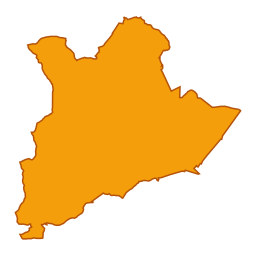 the district of Piatra-Neamt, Neamt, Romania
{"feature_id": "2599482B9055838557903", "entity_name": "Piatra-Neamt", "entity_type": "district", "adm_level": 2, "iso_a3": "ROU", "parent_name": "Romania", "parent_adm1": "Neamt", "projection": "robinson", "projection_center": [26.355, 46.921], "detail": "fine", "context": "isolated", "style": "filled", "palette": "amber", "viewbox_px": 256, "rotation_deg": 0, "n_neighbors": 0, "source": "geoboundaries", "source_scale": "gbopen_adm2", "svg_char_len": 5570}
<svg xmlns="http://www.w3.org/2000/svg" viewBox="0 0 256 256"><path d="M82.6,212.3L83.3,210.6L83.5,209.5L83.5,209.0L83.0,208.0L83.3,207.7L83.6,206.6L83.9,206.3L84.5,205.1L85.2,204.3L85.4,203.8L85.7,203.5L86.9,203.0L90.1,202.6L92.7,202.6L93.1,202.1L92.3,201.5L91.8,201.4L103.3,193.1L104.8,194.0L106.0,194.1L106.7,194.4L108.0,194.4L109.3,193.7L110.6,195.1L111.5,195.5L114.0,195.2L116.9,195.7L117.2,195.6L118.7,195.6L120.7,196.8L121.9,197.8L122.3,198.1L122.8,198.1L126.2,192.6L129.9,189.6L131.8,188.7L134.0,186.4L135.5,185.4L137.0,183.6L138.4,182.9L138.6,182.7L138.7,181.7L139.3,181.7L140.4,181.3L141.5,181.2L142.6,180.9L143.3,180.5L144.2,180.6L144.7,180.4L148.8,181.0L150.7,180.2L151.2,179.8L152.3,179.1L154.5,178.2L156.2,178.4L157.1,180.2L158.1,180.9L158.7,179.6L158.3,179.4L158.4,179.2L158.7,178.5L158.5,178.3L158.4,177.9L161.1,177.7L170.2,174.6L181.9,171.2L183.9,171.4L184.6,171.6L184.9,171.4L185.3,170.2L197.8,174.0L198.2,174.1L199.3,173.8L194.0,168.6L194.1,168.3L195.3,167.1L196.4,166.3L196.2,166.0L196.6,165.7L198.0,167.0L200.4,163.5L201.4,163.9L202.5,161.1L206.7,155.8L220.7,139.2L221.7,139.4L222.6,135.8L240.6,110.8L240.4,110.4L238.6,109.4L231.4,108.1L229.1,107.3L224.9,106.3L220.4,106.4L215.2,107.2L212.2,107.3L200.6,98.2L199.6,98.0L197.9,98.2L197.6,97.6L197.3,96.7L196.9,94.2L194.6,91.7L192.6,90.5L191.6,90.1L190.5,90.2L189.4,90.9L188.1,91.4L187.3,92.3L186.6,93.3L185.4,94.1L185.2,94.6L183.7,95.7L182.7,96.9L182.4,97.4L182.1,97.5L179.7,97.6L180.0,86.8L171.3,91.1L169.6,87.6L162.4,72.0L161.0,69.8L162.1,69.1L162.5,68.6L162.8,67.1L162.6,66.2L162.7,65.3L162.6,65.1L161.6,65.9L161.9,64.8L161.8,64.1L160.9,62.5L159.9,59.8L160.0,58.1L159.2,58.2L159.2,57.9L159.2,57.6L161.1,54.6L162.9,51.2L163.7,50.3L164.9,50.8L165.2,50.4L165.9,50.1L167.1,50.2L169.0,49.3L169.9,46.9L169.3,45.9L169.0,44.9L168.9,43.7L169.0,43.3L168.8,41.9L168.5,41.4L168.5,41.0L167.5,40.0L167.0,38.9L166.1,38.4L165.9,37.6L165.4,37.3L165.3,36.8L164.2,35.4L162.4,34.3L161.5,33.5L160.6,32.5L159.7,31.1L158.8,30.2L157.7,29.7L155.0,29.2L154.0,28.8L152.7,28.0L152.0,27.2L151.7,26.2L150.6,25.0L149.8,24.8L147.6,24.7L146.0,23.6L144.7,23.4L144.5,22.6L144.4,20.9L143.9,20.3L142.6,19.7L141.6,18.9L140.8,17.9L140.7,17.2L138.9,18.1L137.2,17.6L136.3,17.5L136.3,17.1L135.7,17.3L134.6,17.2L133.3,17.8L127.8,19.6L126.5,18.1L125.1,17.7L124.4,17.3L123.9,17.5L123.9,17.8L124.6,19.6L124.0,20.2L123.6,20.9L122.9,23.7L119.0,23.1L114.9,29.5L112.4,33.2L112.3,33.5L112.7,33.7L112.2,34.6L111.6,35.3L110.0,37.5L104.5,44.0L104.2,45.0L102.3,46.4L101.2,46.6L98.6,47.5L98.8,47.9L98.6,48.3L99.1,48.8L99.1,49.7L99.2,50.0L99.0,50.7L99.1,50.8L99.0,51.3L99.1,51.6L98.9,52.3L98.2,52.5L95.8,55.7L95.3,56.0L95.8,56.6L96.2,56.7L96.1,56.8L96.3,56.9L96.5,57.2L96.8,58.4L96.4,58.8L93.9,59.0L93.7,58.8L92.5,58.6L92.1,58.2L90.7,57.9L87.4,58.1L86.6,57.8L85.5,57.8L85.0,57.5L84.5,57.4L83.1,58.0L82.3,58.1L78.0,59.7L76.8,60.5L76.3,59.8L75.1,58.6L74.6,57.9L74.3,55.8L73.8,53.5L73.5,53.0L70.6,49.9L66.7,47.2L66.7,46.6L65.4,45.0L65.6,43.4L65.5,42.3L66.1,40.5L65.7,40.2L65.6,39.6L65.7,39.1L65.9,38.7L65.4,38.3L64.5,38.3L63.4,37.9L62.6,37.9L61.1,37.6L59.9,37.6L56.7,36.4L50.7,36.4L45.4,37.2L42.5,38.2L41.8,38.2L40.4,39.2L39.0,40.6L37.6,42.6L35.8,43.9L34.5,44.0L33.1,43.8L29.2,44.6L27.7,45.0L28.1,45.7L28.3,47.6L29.3,49.3L30.3,50.3L31.5,51.1L31.8,51.7L32.7,52.7L33.4,53.3L35.6,54.3L36.7,55.2L36.8,55.4L36.8,56.0L36.3,57.6L38.2,59.7L38.3,61.2L38.6,62.4L39.3,62.8L41.1,62.9L41.6,63.8L42.3,65.3L42.2,67.6L42.4,69.4L43.3,71.2L44.8,74.1L46.8,76.4L47.3,77.8L47.7,78.3L49.6,80.0L50.1,81.1L51.1,82.2L51.4,83.4L51.6,83.9L52.4,84.2L53.2,90.0L53.0,91.2L52.8,91.2L52.6,92.3L52.5,107.6L52.2,109.2L52.2,110.1L52.6,112.2L52.4,112.6L50.7,114.1L50.5,113.9L48.1,115.7L47.4,115.9L46.9,115.9L46.5,116.2L45.4,116.5L44.9,116.9L44.2,117.9L43.1,118.8L42.2,120.1L39.0,122.3L37.4,123.0L37.0,123.3L36.1,127.6L35.3,130.2L34.8,130.9L34.2,131.7L33.6,132.1L33.0,132.3L31.4,132.3L32.1,134.3L32.6,135.0L33.3,135.7L33.8,139.0L33.8,139.9L34.2,140.9L35.3,142.1L35.6,143.8L35.9,144.5L36.4,145.3L36.6,146.0L36.0,148.8L35.6,151.3L35.9,154.4L35.6,155.6L35.2,156.5L33.1,159.0L32.3,159.7L31.3,159.7L30.4,159.4L29.0,158.6L25.6,159.5L22.4,161.0L21.1,161.9L19.9,162.1L20.4,163.9L21.2,165.7L21.2,166.7L21.3,167.5L21.7,168.5L23.4,170.3L23.6,171.0L23.6,171.4L23.2,172.0L22.7,172.3L22.7,173.8L22.4,174.4L22.8,175.2L23.2,176.5L23.2,177.5L22.6,180.4L22.8,182.3L23.1,183.2L24.3,185.2L24.2,185.8L23.9,186.4L23.7,188.6L24.1,190.2L24.6,192.0L25.1,192.7L25.3,193.6L25.2,195.3L25.5,197.1L24.4,198.8L23.6,201.6L22.6,202.7L21.7,203.4L20.9,204.7L20.4,205.1L20.2,206.0L19.8,206.8L19.4,207.4L19.2,208.5L18.1,210.4L16.1,212.0L15.4,212.4L15.4,212.7L17.1,216.8L17.2,218.0L17.4,218.4L17.5,218.9L17.1,221.0L17.2,222.0L17.9,222.7L18.9,224.1L22.2,224.2L23.0,224.0L27.7,225.1L28.3,224.9L29.4,224.2L29.9,224.0L30.4,224.0L30.6,224.1L30.6,224.4L30.6,225.4L30.8,225.9L31.6,226.6L31.7,227.0L29.2,228.3L29.3,229.4L29.5,230.0L29.4,230.3L27.8,231.7L27.1,232.1L25.8,232.3L22.1,234.4L20.0,234.4L21.7,237.7L22.5,238.7L23.1,238.9L26.6,238.9L28.3,238.6L30.6,238.7L31.8,238.5L33.2,238.0L33.7,237.9L36.8,238.4L39.6,238.4L41.9,238.3L42.5,238.2L42.9,237.8L42.8,236.9L43.1,235.3L43.0,233.5L43.2,232.6L43.5,231.9L43.9,231.4L44.6,228.5L42.1,225.8L41.6,224.6L43.4,224.5L44.3,223.7L44.8,223.4L45.2,224.0L46.3,224.7L46.9,224.7L46.2,223.4L46.3,223.1L46.6,222.9L47.2,222.9L49.3,223.5L50.7,223.5L52.5,223.9L53.8,224.6L55.0,225.0L56.3,225.3L59.0,225.2L60.8,224.7L62.1,223.9L63.4,223.5L66.3,220.8L69.3,218.8L70.8,218.3L72.3,217.9L73.1,217.9L74.6,218.2L76.5,217.2L77.9,215.7L81.9,213.1L82.6,212.3Z" fill="#f59e0b" stroke="#b45309" stroke-width="1.5"/></svg>